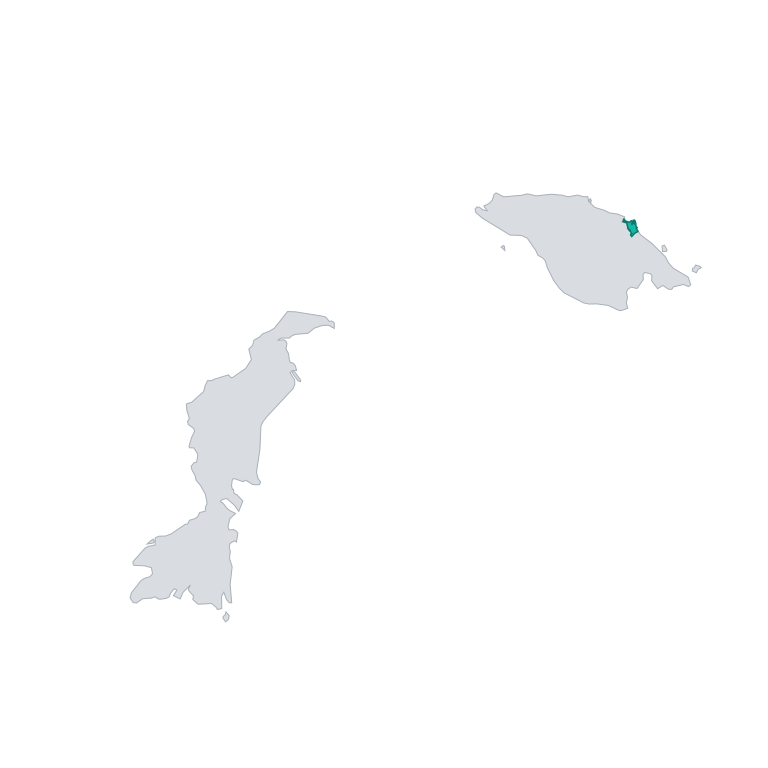 Manjung, Perak, Malaysia shown in context, rotated 147°
{"feature_id": "92858781B15023786189250", "entity_name": "Manjung", "entity_type": "district", "adm_level": 2, "iso_a3": "MYS", "parent_name": "Malaysia", "parent_adm1": "Perak", "projection": "orthographic", "projection_center": [100.622, 4.278], "detail": "fine", "context": "in_parent", "style": "filled", "palette": "teal", "viewbox_px": 768, "rotation_deg": 147, "n_neighbors": 0, "source": "geoboundaries", "source_scale": "gbopen_adm2", "svg_char_len": 6108}
<svg xmlns="http://www.w3.org/2000/svg" viewBox="0 0 768 768"><g transform="rotate(147 384 384)"><path d="M659.7,379.6L655.6,378.9L649.9,375.4L644.0,374.2L627.2,374.6L624.8,373.5L621.5,375.7L615.6,374.0L612.2,374.3L608.6,376.6L603.2,374.7L600.7,378.0L597.3,380.2L593.8,389.0L593.2,399.4L594.0,405.9L592.4,409.5L591.8,416.8L590.5,420.1L585.8,421.5L583.7,420.5L579.4,425.1L578.4,426.9L578.3,434.0L581.7,436.3L581.6,437.8L574.7,443.8L568.7,447.4L567.8,450.4L570.2,456.6L569.2,459.6L566.0,461.1L563.7,469.2L560.9,474.4L559.8,474.9L555.6,473.4L539.4,475.9L534.7,480.2L530.1,482.9L526.4,480.4L524.6,480.7L509.5,476.4L508.8,472.5L507.3,471.9L491.6,472.4L481.9,476.7L478.4,486.9L473.1,488.0L469.3,491.5L462.5,491.2L458.3,492.2L451.7,490.7L445.5,490.5L425.4,497.3L418.9,492.7L399.2,474.9L396.4,471.8L395.8,466.3L393.6,465.3L392.8,463.8L392.5,462.2L395.5,457.7L398.6,463.5L403.6,466.6L412.0,468.8L420.0,467.9L431.0,473.7L434.6,474.6L438.4,474.1L445.3,478.5L449.5,478.6L443.9,475.6L442.9,473.2L443.5,470.6L447.1,466.9L447.6,461.3L450.3,455.7L450.9,453.1L448.9,451.2L448.4,447.7L449.9,443.0L453.6,445.4L456.7,444.7L456.7,436.1L459.0,432.3L462.7,429.7L500.0,420.4L506.1,418.3L510.2,415.7L523.4,397.1L539.0,379.5L541.1,373.4L540.9,369.1L541.8,368.1L543.5,367.5L547.0,369.7L548.9,371.3L552.3,378.6L555.4,378.8L560.7,385.8L561.9,386.6L563.5,386.2L567.4,381.6L568.5,378.2L567.6,377.7L569.4,373.8L567.7,371.4L566.1,362.7L575.2,356.3L575.4,363.5L578.3,373.8L582.9,375.2L585.3,374.5L583.9,371.4L583.4,365.3L582.0,361.3L579.0,356.3L586.7,355.0L592.6,349.3L593.4,345.9L589.5,343.9L588.0,341.3L587.8,338.5L593.8,331.8L594.5,333.7L598.3,334.2L600.2,334.0L602.8,331.3L604.0,327.4L608.5,322.0L610.9,313.4L622.2,299.7L630.9,283.5L632.8,284.7L633.5,289.0L631.7,296.6L635.7,294.7L642.4,284.0L646.5,285.6L646.4,288.5L648.2,293.8L659.9,300.6L661.7,307.4L659.2,310.1L660.3,316.7L659.5,318.8L655.8,320.9L666.1,318.7L672.0,314.7L675.9,321.2L670.0,323.9L671.4,326.6L676.9,324.8L680.2,322.5L683.6,322.9L689.0,325.4L690.6,326.9L691.7,330.1L695.6,331.1L703.6,335.4L710.8,335.1L713.4,337.3L713.4,343.0L709.6,346.5L694.8,351.5L690.9,351.5L685.3,349.9L681.4,351.0L679.1,356.6L683.8,361.9L691.7,367.5L692.8,368.9L691.3,371.7L673.8,376.5L670.1,376.2L663.5,373.6L659.7,379.6ZM70.7,308.0L72.7,300.1L75.6,299.8L78.5,304.3L88.2,307.8L91.1,306.7L92.4,307.4L93.8,308.6L96.5,314.8L102.6,314.9L103.4,324.7L100.6,328.5L100.2,331.0L104.7,335.6L107.3,334.5L109.6,330.4L119.8,326.3L124.0,330.7L127.8,330.7L130.6,329.1L132.7,323.9L136.8,319.8L138.3,314.8L144.2,316.1L146.5,317.2L153.2,327.8L161.9,335.3L168.5,339.4L172.4,343.3L183.4,362.5L184.7,368.7L185.3,378.1L183.7,392.4L181.7,399.6L182.1,402.9L184.8,408.1L184.0,413.0L184.4,428.2L187.8,433.7L197.2,440.3L211.2,469.6L213.6,477.9L212.3,481.1L209.8,481.9L207.7,480.3L206.3,476.3L203.1,473.1L203.4,478.9L197.4,478.1L193.3,479.1L188.3,483.1L185.9,483.2L181.7,475.8L165.9,467.4L160.1,465.3L153.9,458.9L140.1,451.9L131.4,445.0L127.6,440.7L118.7,437.0L114.8,432.5L111.0,430.1L113.0,425.7L111.1,417.4L104.8,409.9L101.7,404.7L95.7,399.5L91.1,393.0L93.8,391.0L89.2,384.1L87.6,379.0L87.6,369.4L82.8,356.0L78.7,337.3L79.4,330.8L78.4,323.7L70.7,308.0ZM642.6,277.1L640.7,279.0L640.0,274.0L642.6,271.3L646.4,270.7L646.6,275.2L645.8,276.5L642.6,277.1ZM61.5,307.2L63.9,310.9L62.1,313.0L60.7,312.4L57.9,314.1L55.0,310.6L54.6,308.8L58.1,309.1L61.5,307.2ZM454.9,443.6L453.9,444.1L452.3,442.9L451.8,432.5L452.9,431.5L454.4,433.5L454.9,443.6ZM78.2,343.4L75.7,348.3L73.2,347.8L73.6,342.2L75.0,341.4L78.2,343.4ZM669.8,378.8L665.3,379.6L662.1,379.6L662.5,376.8L664.0,376.3L669.8,378.8ZM211.2,435.0L208.6,435.2L208.0,433.8L209.9,430.2L211.2,435.0ZM111.8,426.5L110.0,427.1L110.2,425.0L111.5,423.8L111.8,426.5Z" fill="#d9dde1" stroke="#a8b0b8" stroke-width="1"/><path d="M91.9,373.9L88.0,373.6L87.8,374.2L87.8,375.0L87.8,375.3L87.8,375.8L87.7,376.2L87.6,376.6L87.5,377.2L87.3,377.3L87.1,377.3L86.9,377.2L86.7,377.2L86.5,377.3L86.6,377.5L86.7,378.0L86.7,378.4L86.7,378.7L86.7,379.1L86.5,379.5L86.2,380.1L85.6,381.1L86.0,381.1L86.3,381.1L86.4,381.3L86.5,381.6L86.7,381.9L86.6,382.2L86.7,382.4L86.9,382.6L86.8,382.8L86.8,383.0L87.0,383.1L87.3,383.2L87.6,383.1L87.9,383.3L88.2,383.3L88.4,383.3L88.7,383.1L88.8,383.0L89.0,382.7L89.2,382.8L89.2,383.0L89.0,383.4L88.9,383.5L88.6,383.7L88.4,383.8L88.1,383.8L87.9,383.8L87.3,383.6L86.9,383.5L87.0,383.9L87.1,384.1L87.4,384.3L87.5,384.5L87.3,385.0L87.2,385.2L87.5,385.5L87.6,385.8L87.6,386.0L87.8,386.1L87.9,386.3L88.1,386.3L88.3,386.2L88.7,385.9L89.1,385.9L89.4,386.0L89.6,386.0L89.9,386.2L90.5,386.5L90.9,386.7L91.0,386.9L91.2,387.1L91.3,387.3L91.5,387.8L91.8,387.9L92.1,388.0L92.3,388.2L92.4,388.4L92.5,388.7L92.6,389.0L92.8,389.4L92.8,389.7L92.8,390.1L92.8,390.4L92.7,390.9L92.7,391.4L92.9,391.7L93.0,391.7L93.3,391.6L93.6,391.5L93.8,391.2L94.0,391.0L94.2,390.7L94.4,390.5L94.6,390.4L95.1,390.2L94.9,390.1L95.0,390.0L94.8,389.5L94.6,389.6L94.4,389.0L94.0,389.1L93.8,388.6L93.7,388.7L93.7,388.0L93.6,387.9L93.4,387.8L93.2,387.7L93.0,387.4L92.9,387.3L92.8,387.1L93.1,386.1L93.0,385.4L93.5,385.0L93.6,384.8L93.7,384.6L93.8,384.1L93.9,383.5L93.9,383.4L94.0,383.1L94.0,382.9L94.0,382.6L94.4,382.0L94.8,382.0L94.7,380.1L94.7,379.9L94.7,379.6L94.5,379.8L94.3,379.9L94.2,379.9L93.9,379.7L94.0,379.4L93.8,379.0L94.2,378.7L94.2,378.0L94.2,377.0L94.2,376.0L94.2,375.3L94.5,375.3L94.7,375.2L95.0,375.4L95.3,375.1L95.7,375.1L96.0,374.6L95.9,374.4L96.0,374.3L96.0,373.3L95.9,372.8L93.0,373.5L91.9,373.9L91.9,373.9ZM85.1,382.7L85.1,382.8L85.0,383.0L85.3,383.1L85.2,383.3L85.0,383.5L85.3,383.6L85.3,383.8L85.2,384.0L84.9,383.9L84.7,383.9L84.7,384.0L84.8,384.0L85.0,384.0L85.3,384.2L85.2,384.3L85.3,384.5L85.5,384.5L85.8,384.8L85.8,385.0L85.9,385.3L86.1,385.3L86.2,385.2L86.3,385.3L86.5,385.3L86.5,385.2L86.4,385.2L86.3,384.9L86.3,384.7L86.4,384.4L86.3,384.2L86.2,383.9L86.2,383.7L86.1,383.4L86.0,383.2L85.9,383.1L85.7,383.3L85.5,383.2L85.5,382.9L85.4,382.8L85.3,382.7L85.2,382.7L85.1,382.7ZM85.3,384.9L85.2,384.8L85.1,385.0L85.0,385.3L85.3,385.4L85.3,385.2L85.3,384.9L85.3,384.9ZM87.4,384.6L87.2,384.5L87.0,384.8L87.3,384.8L87.4,384.7L87.4,384.6Z" fill="#14b8a6" stroke="#0f766e" stroke-width="1.5"/></g></svg>